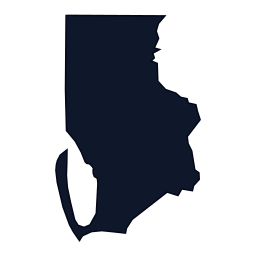 the district of Gulf, Florida, United States of America
{"feature_id": "52423323B60614723714205", "entity_name": "Gulf", "entity_type": "district", "adm_level": 2, "iso_a3": "USA", "parent_name": "United States of America", "parent_adm1": "Florida", "projection": "mercator", "projection_center": [-85.238, 29.931], "detail": "fine", "context": "isolated", "style": "filled", "palette": "ink", "viewbox_px": 256, "rotation_deg": 0, "n_neighbors": 0, "source": "geoboundaries", "source_scale": "gbopen_adm2", "svg_char_len": 986}
<svg xmlns="http://www.w3.org/2000/svg" viewBox="0 0 256 256"><path d="M197.4,111.2L195.9,104.7L188.3,103.0L187.1,98.7L180.6,97.3L175.8,93.1L165.6,89.6L157.8,81.2L157.2,63.4L151.1,60.9L154.3,57.9L152.8,53.2L159.6,49.5L154.3,48.0L158.6,38.5L156.2,31.1L158.4,23.5L164.9,15.9L68.5,15.4L66.1,15.5L65.5,89.8L66.5,130.7L67.9,132.2L75.4,141.3L81.5,152.5L85.2,161.9L86.8,163.4L89.4,163.7L92.1,166.3L93.8,169.0L93.1,169.7L93.2,173.2L94.3,176.5L96.7,177.8L97.5,179.1L97.9,183.6L96.3,213.5L90.0,224.9L84.0,227.4L78.0,225.3L74.6,219.7L70.3,201.7L67.3,187.2L66.4,175.2L66.8,163.6L67.0,149.8L60.3,155.1L57.5,160.4L56.4,164.7L55.9,170.4L57.3,182.5L63.1,207.1L69.5,224.6L73.4,231.8L79.5,240.6L81.2,237.6L82.7,235.6L91.5,231.6L101.8,230.6L112.9,231.7L125.5,233.1L126.4,228.3L132.2,219.3L167.1,192.1L178.0,195.5L181.8,188.9L192.4,190.7L193.6,185.6L199.2,179.4L198.9,172.8L194.8,169.9L191.7,150.9L188.1,143.7L187.2,136.6L200.1,119.7L197.4,111.2Z" fill="#0f172a" stroke="#020617" stroke-width="1.5"/></svg>